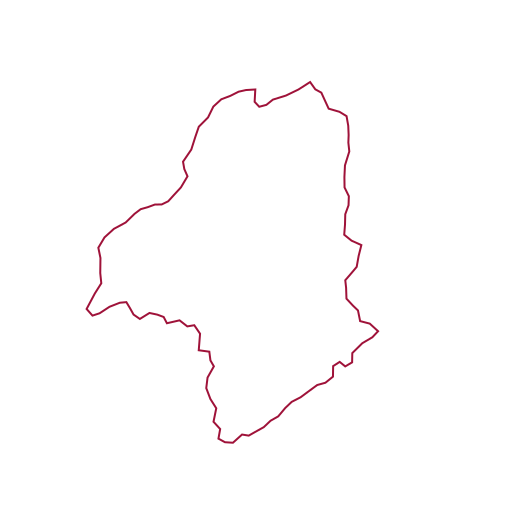 São Brás do Suaçuí, Minas Gerais, Brazil (Equal Earth projection), rotated 208°
{"feature_id": "56859067B55981739158255", "entity_name": "São Brás do Suaçuí", "entity_type": "district", "adm_level": 2, "iso_a3": "BRA", "parent_name": "Brazil", "parent_adm1": "Minas Gerais", "projection": "equal_earth", "projection_center": [-43.972, -20.628], "detail": "fine", "context": "isolated", "style": "outline", "palette": "rose", "viewbox_px": 512, "rotation_deg": 208, "n_neighbors": 0, "source": "geoboundaries", "source_scale": "gbopen_adm2", "svg_char_len": 1575}
<svg xmlns="http://www.w3.org/2000/svg" viewBox="0 0 512 512"><g transform="rotate(208 256 256)"><path d="M380.7,129.7L372.4,126.6L367.2,132.0L361.5,142.4L354.3,150.8L348.8,154.4L342.8,150.8L336.6,146.8L329.0,145.9L323.3,155.7L315.6,157.9L308.9,158.8L303.1,154.8L293.3,163.3L283.6,161.6L278.0,165.9L268.9,161.1L262.3,145.9L252.3,149.6L247.2,142.4L241.4,138.8L241.7,125.9L237.9,116.0L229.1,108.3L219.6,102.9L215.7,89.7L206.4,86.4L203.4,77.1L196.0,77.0L188.7,80.3L184.5,91.8L178.1,94.0L174.1,100.3L168.8,108.5L165.8,117.4L161.1,124.8L158.8,135.6L156.0,144.0L150.3,152.2L146.5,160.2L141.4,170.8L135.2,176.7L131.4,185.6L136.2,195.0L132.4,201.8L125.4,200.4L121.2,207.2L125.4,215.5L121.2,228.9L115.1,238.9L112.9,246.9L123.8,249.7L133.5,247.4L140.4,255.8L147.1,257.7L156.1,260.8L161.5,270.2L165.8,276.5L163.7,285.7L162.0,293.7L165.4,304.2L168.1,315.1L178.8,314.4L188.1,316.2L192.1,325.4L196.8,334.8L198.1,344.2L202.1,352.4L210.0,358.1L215.0,367.2L220.0,377.8L222.7,392.1L227.7,399.5L231.0,406.3L235.7,414.3L241.7,422.0L250.0,422.5L261.0,420.2L269.0,426.3L275.0,430.9L281.9,431.0L289.9,435.0L296.7,422.9L304.9,411.7L314.5,402.0L317.8,394.3L323.2,389.3L329.6,391.5L334.8,402.7L342.8,397.8L348.5,392.9L353.8,385.4L360.2,378.1L363.8,367.9L363.4,355.8L367.2,343.3L365.5,332.7L363.1,319.6L364.7,305.0L360.1,299.1L353.9,294.2L354.5,281.3L357.1,271.4L359.2,263.1L363.5,257.2L369.4,254.0L374.5,248.3L379.8,243.2L383.0,236.3L386.8,224.4L394.2,213.3L398.5,201.3L399.1,189.3L392.4,181.2L385.5,167.8L379.8,159.3L380.7,147.3L380.7,129.7Z" fill="none" stroke="#9f1239" stroke-width="2"/></g></svg>